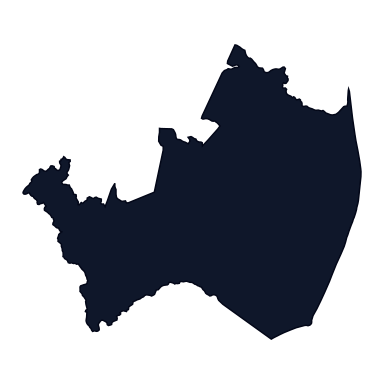 the district of Linhares, Espírito Santo, Brazil
{"feature_id": "56859067B26973485406883", "entity_name": "Linhares", "entity_type": "district", "adm_level": 2, "iso_a3": "BRA", "parent_name": "Brazil", "parent_adm1": "Espírito Santo", "projection": "albers", "projection_center": [-40.123, -19.341], "detail": "fine", "context": "isolated", "style": "filled", "palette": "ink", "viewbox_px": 384, "rotation_deg": 0, "n_neighbors": 0, "source": "geoboundaries", "source_scale": "gbopen_adm2", "svg_char_len": 5854}
<svg xmlns="http://www.w3.org/2000/svg" viewBox="0 0 384 384"><path d="M271.3,339.1L273.7,337.7L280.0,334.5L284.2,332.5L290.8,329.8L296.2,327.7L304.8,325.4L306.4,325.3L308.0,325.7L309.9,325.1L311.4,323.6L311.7,322.0L311.6,320.4L313.0,315.7L316.9,308.7L320.8,300.7L324.8,292.0L329.5,281.3L332.0,274.8L336.3,264.1L340.8,254.3L344.1,246.6L345.6,241.9L346.7,237.5L347.8,234.8L348.9,231.3L351.1,225.3L352.6,221.6L353.3,219.2L354.1,217.5L355.6,212.9L356.5,209.6L356.7,207.9L357.9,203.3L358.4,200.4L360.9,176.6L361.0,171.7L360.7,168.5L359.7,161.2L357.9,150.8L355.9,140.7L354.9,134.4L352.5,117.9L349.4,91.5L348.6,89.0L348.3,90.5L347.8,97.9L347.7,100.0L347.9,101.7L347.6,104.0L346.9,106.2L345.1,106.2L343.7,106.7L338.6,112.3L336.0,114.3L332.5,115.0L330.6,114.8L325.7,112.9L324.5,111.6L323.0,110.5L321.5,111.0L318.3,110.1L316.1,110.3L314.8,110.1L312.1,108.8L309.4,108.0L308.0,107.2L306.9,106.2L305.6,106.1L303.5,106.5L301.8,105.6L302.1,104.0L301.7,102.2L300.6,101.3L300.4,99.9L299.4,99.1L297.8,99.6L296.4,99.8L295.6,98.9L294.8,97.5L293.7,96.8L292.4,97.7L290.9,96.2L288.9,95.4L287.3,94.5L286.3,93.0L286.0,90.8L286.6,89.3L285.3,88.0L283.2,88.2L282.3,86.9L282.8,85.8L282.6,84.3L283.6,82.7L284.9,83.5L286.1,83.2L288.0,80.6L288.1,78.9L287.3,77.9L287.5,76.2L286.0,75.8L284.1,73.1L285.4,68.6L284.2,67.1L283.0,67.1L280.2,68.9L278.9,69.3L276.0,68.9L274.6,69.1L272.8,69.6L271.0,70.5L268.9,72.2L267.6,72.6L266.0,72.6L264.2,71.9L263.4,69.6L262.5,68.2L259.1,67.9L257.3,66.8L256.7,65.4L255.5,63.5L253.8,61.8L251.6,59.1L250.1,58.1L248.9,58.4L247.5,57.1L246.5,55.8L245.6,53.8L244.8,50.3L243.5,49.8L241.7,48.7L240.1,47.3L236.8,45.3L235.0,44.9L227.7,61.0L227.4,63.5L232.5,66.2L234.4,65.6L236.0,64.8L238.0,65.2L239.1,66.7L237.5,67.6L236.2,67.4L234.4,67.7L231.2,69.3L228.1,68.7L227.2,69.5L224.4,70.6L222.2,73.0L202.1,116.1L201.5,118.3L203.0,119.1L205.6,118.6L207.4,118.7L209.3,119.4L211.9,121.0L213.4,121.2L214.8,121.0L215.8,121.9L217.3,122.9L220.0,126.0L217.8,129.0L207.8,140.3L202.4,146.0L202.2,142.7L201.0,142.1L199.0,142.0L197.4,141.3L196.5,140.5L195.9,139.1L194.0,138.5L192.6,137.4L191.0,136.6L188.1,137.3L189.8,139.7L189.8,141.5L188.2,143.8L185.2,142.2L183.5,141.7L182.1,141.0L180.6,139.9L179.1,139.5L177.8,139.5L176.6,138.9L176.0,137.4L175.6,134.3L175.1,132.9L173.4,129.7L171.8,128.9L161.1,128.6L159.5,128.4L159.5,132.4L158.8,136.8L158.7,141.2L161.0,145.2L163.2,146.3L163.2,150.2L154.3,192.2L128.4,202.8L126.4,202.9L125.5,200.9L121.8,201.4L117.5,198.7L116.5,197.4L116.0,194.3L116.0,189.5L115.4,188.2L115.0,187.0L114.8,185.5L114.9,183.3L111.4,189.2L107.5,200.5L105.1,206.7L103.5,204.0L101.6,204.1L100.6,203.1L101.3,201.1L101.3,199.1L97.8,198.2L96.3,197.2L95.1,197.4L93.6,198.5L92.0,198.1L90.9,197.4L89.4,196.8L87.2,198.1L87.3,199.5L86.4,200.5L85.0,201.2L82.8,203.4L81.3,202.5L80.3,203.5L79.4,204.8L78.1,204.6L78.3,202.0L76.0,198.0L76.3,196.4L76.1,194.8L74.8,194.4L73.5,194.4L73.4,193.2L72.9,191.8L71.5,188.8L70.5,187.9L69.8,186.6L69.2,185.0L67.9,185.1L66.0,184.5L64.4,184.4L63.1,184.5L62.2,183.5L61.6,182.2L63.0,180.7L66.0,178.7L67.1,176.5L68.3,175.1L67.2,174.0L66.9,172.5L68.5,169.9L68.9,168.6L69.6,165.6L69.1,164.0L69.0,162.4L70.2,161.4L70.1,159.9L66.9,159.6L65.6,158.7L64.9,157.5L63.7,156.7L63.1,158.0L62.2,159.0L61.0,159.4L61.0,160.6L59.6,161.2L59.7,162.9L61.0,165.2L60.9,166.7L59.9,169.7L58.3,170.5L56.5,170.0L55.6,168.7L54.5,168.3L54.1,166.5L52.5,165.9L50.9,165.9L50.2,166.8L49.6,168.4L48.4,169.2L46.2,171.3L44.3,171.1L42.1,169.5L40.7,169.0L39.5,169.6L39.5,172.2L39.1,173.5L37.9,174.3L36.7,174.6L34.7,176.0L33.6,176.8L32.3,178.3L31.3,179.9L31.8,181.4L31.0,182.5L29.9,183.3L29.2,184.9L26.4,187.2L25.0,188.8L23.4,191.4L23.0,192.9L24.0,194.1L25.6,194.1L26.9,193.7L28.0,192.9L29.3,193.1L30.8,195.3L31.8,196.1L33.1,196.4L34.0,197.9L35.2,199.0L36.5,199.8L37.3,201.2L37.1,202.6L37.6,204.2L39.0,204.5L40.6,203.6L42.1,203.4L43.4,202.4L46.1,206.2L44.8,207.3L44.3,208.8L44.5,210.3L47.6,212.3L48.8,213.6L49.8,214.2L50.9,215.6L51.8,217.4L53.3,218.0L53.5,219.6L54.1,220.9L53.0,223.1L52.9,224.6L54.7,225.9L56.1,227.3L57.3,228.0L58.6,227.9L59.2,229.5L60.2,231.1L61.7,231.9L59.8,233.4L58.8,234.5L58.4,236.2L57.6,238.3L58.2,239.7L58.0,241.3L60.6,243.4L61.5,244.5L61.3,246.1L62.2,248.7L62.3,250.7L63.1,252.3L63.2,255.1L63.0,256.6L64.1,257.3L64.5,258.5L66.9,259.9L67.6,261.0L68.3,262.7L70.0,263.2L71.1,262.7L73.5,263.5L75.0,263.3L76.6,264.2L78.5,264.0L79.1,265.2L81.9,269.1L84.1,271.2L85.0,272.6L85.7,275.3L86.7,277.2L87.1,279.2L87.9,280.9L87.2,281.9L87.0,283.5L85.9,284.2L83.6,284.8L80.6,285.9L80.0,287.0L80.1,290.0L80.0,291.4L82.1,293.8L82.5,295.5L83.8,296.7L86.1,300.2L85.6,301.5L86.0,304.4L87.3,309.4L85.8,310.3L85.4,311.6L86.9,312.3L86.6,317.3L86.3,319.0L86.1,320.6L86.3,321.8L86.9,323.3L87.7,324.6L89.0,325.7L89.9,327.4L91.1,328.6L91.5,330.0L92.6,331.4L94.5,330.8L96.3,331.3L97.8,331.1L99.2,329.9L99.1,328.0L98.2,324.8L98.8,323.3L100.6,320.9L101.5,320.3L102.8,320.2L105.7,321.7L106.9,322.7L107.3,324.7L108.4,325.5L110.1,325.1L111.6,324.5L111.9,322.5L113.4,321.4L116.9,320.0L117.2,318.2L116.6,316.3L118.0,315.4L119.6,315.1L120.7,313.9L119.9,312.7L121.1,311.7L123.0,310.7L126.5,311.5L127.2,309.9L128.4,309.6L128.8,306.8L132.6,304.3L133.0,301.9L134.4,301.1L135.6,300.7L136.6,300.0L140.0,298.9L141.7,297.6L143.5,296.8L144.8,295.4L146.4,294.8L150.0,295.3L151.6,296.0L153.2,295.2L154.5,294.4L156.3,290.0L158.3,289.7L160.6,287.0L162.0,286.0L163.7,285.3L167.5,284.8L168.4,284.0L168.9,282.6L170.2,282.2L171.8,282.6L173.6,283.2L174.8,284.0L175.8,283.4L177.5,283.6L179.3,283.3L180.0,281.6L181.6,281.5L183.4,281.8L185.2,281.4L186.6,281.2L190.0,282.3L191.3,282.3L192.5,282.6L194.8,284.2L196.3,284.6L197.5,285.6L198.6,285.9L199.9,286.6L201.5,287.2L203.0,289.6L204.3,290.7L205.0,291.8L205.7,293.2L207.1,294.3L208.6,295.0L209.7,295.9L210.9,295.8L212.5,294.9L213.9,294.7L215.6,295.1L217.1,296.3L217.9,298.7L218.7,300.3L222.9,304.3L271.3,339.1Z" fill="#0f172a" stroke="#020617" stroke-width="1.5"/></svg>